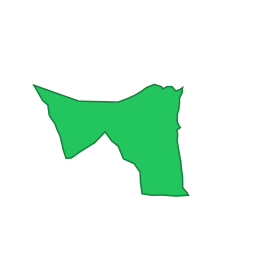 outline of Tserkezoi, Cyprus, rotated 144°
{"feature_id": "46923920B77369159713494", "entity_name": "Tserkezoi", "entity_type": "district", "adm_level": 2, "iso_a3": "CYP", "parent_name": "Cyprus", "parent_adm1": "", "projection": "mercator", "projection_center": [32.988, 34.647], "detail": "fine", "context": "isolated", "style": "filled", "palette": "green", "viewbox_px": 256, "rotation_deg": 144, "n_neighbors": 0, "source": "geoboundaries", "source_scale": "gbopen_adm2", "svg_char_len": 894}
<svg xmlns="http://www.w3.org/2000/svg" viewBox="0 0 256 256"><g transform="rotate(144 128 128)"><path d="M179.0,217.9L180.9,200.2L179.3,193.8L184.3,184.5L184.6,180.3L184.6,174.4L186.1,169.3L187.7,161.3L191.1,153.1L193.0,149.0L195.9,140.0L195.1,139.5L191.6,137.1L179.5,136.9L163.7,135.7L148.8,138.3L148.8,127.3L146.6,119.0L149.8,105.7L144.0,95.7L144.2,85.2L149.8,76.7L155.3,66.5L148.1,59.5L139.1,53.2L129.4,44.9L125.2,42.2L118.7,38.1L118.3,40.5L118.7,46.2L118.8,47.6L113.0,55.8L112.6,56.4L108.6,63.9L105.1,69.7L101.3,77.7L95.7,88.8L91.6,93.6L89.7,97.6L85.4,97.6L85.5,99.5L84.4,104.4L80.1,110.1L75.7,113.4L71.3,118.4L68.8,122.0L66.6,123.0L62.9,125.1L61.1,127.8L60.1,128.6L63.7,128.6L67.6,129.9L68.1,135.5L71.6,138.3L76.7,139.3L76.7,141.8L81.1,147.8L89.6,149.9L95.5,149.8L103.5,150.5L112.2,152.4L120.8,154.8L151.9,178.5L179.0,217.9Z" fill="#22c55e" stroke="#15803d" stroke-width="1.5"/></g></svg>